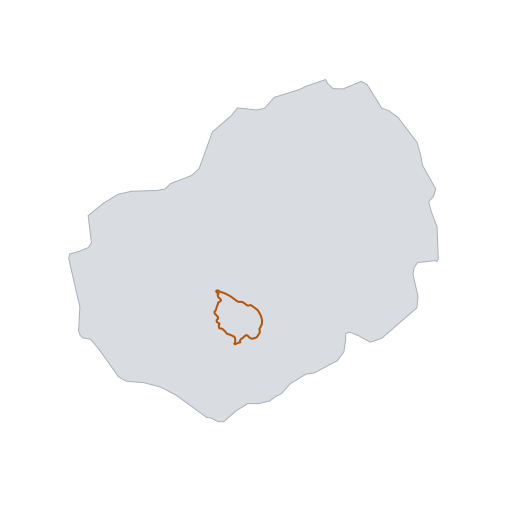 location of Sveti Nikole within North Macedonia, rotated 164°
{"feature_id": "MKD-2914", "entity_name": "Sveti Nikole", "entity_type": "Statistical Region", "adm_level": 1, "iso_a3": "MKD", "parent_name": "North Macedonia", "parent_adm1": "", "projection": "albers", "projection_center": [21.986, 41.86], "detail": "fine", "context": "in_parent", "style": "outline", "palette": "amber", "viewbox_px": 512, "rotation_deg": 164, "n_neighbors": 0, "source": "natural_earth", "source_scale": "10m", "svg_char_len": 2530}
<svg xmlns="http://www.w3.org/2000/svg" viewBox="0 0 512 512"><g transform="rotate(164 256 256)"><path d="M232.3,127.6L240.5,128.7L258.5,123.7L269.6,116.6L275.3,115.6L282.9,112.9L293.7,113.3L304.8,116.4L318.8,112.3L332.5,105.6L338.0,107.2L344.0,112.8L348.0,114.4L370.9,144.0L383.5,156.0L398.4,165.0L415.4,171.6L421.5,177.9L432.6,209.5L437.9,221.5L445.1,225.0L446.9,228.4L447.2,233.0L439.4,255.4L436.7,305.3L434.7,309.3L426.1,309.2L414.8,310.3L410.5,314.2L406.2,341.1L388.0,348.9L371.5,353.4L357.5,352.5L332.9,346.2L324.9,345.5L318.0,349.2L296.1,351.1L286.5,355.8L263.8,387.2L240.8,397.9L232.9,403.4L215.4,396.3L207.0,395.6L194.8,403.5L168.1,404.1L160.9,405.4L140.4,406.4L139.6,402.1L135.9,395.7L126.3,392.6L106.7,394.9L102.0,390.2L94.4,363.4L88.2,359.0L81.3,350.0L69.9,320.8L69.9,308.1L70.9,297.1L64.8,271.0L68.9,264.5L75.1,260.5L75.3,250.0L73.9,234.1L81.6,203.0L83.5,200.8L85.3,202.3L102.6,205.1L107.2,201.2L110.1,195.1L111.4,172.3L115.7,161.8L157.7,142.3L170.0,141.7L179.3,151.0L186.7,156.9L191.2,156.8L192.9,150.9L198.0,139.5L206.6,133.0L232.0,127.6L232.3,127.6Z" fill="#d9dde1" stroke="#a8b0b8" stroke-width="1"/><path d="M299.2,230.7L297.0,229.3L294.4,227.0L291.4,224.0L289.0,220.9L286.6,217.7L285.4,216.7L283.7,216.3L281.6,215.4L280.1,213.7L278.2,211.0L276.7,210.4L274.6,210.3L273.2,208.7L271.3,206.2L269.4,203.7L268.7,201.4L267.8,197.5L267.8,195.3L267.8,194.9L267.9,192.7L268.7,190.0L269.2,188.9L269.4,188.4L270.6,187.6L271.1,186.5L272.3,185.5L273.0,184.5L273.0,183.1L273.4,181.7L274.2,180.6L276.3,178.9L277.4,177.8L279.2,177.5L281.4,177.4L283.4,177.9L285.0,179.7L285.9,181.6L286.8,182.5L288.4,182.4L290.6,181.2L293.3,180.2L294.7,179.1L295.0,177.6L295.0,177.4L295.7,177.4L296.9,177.4L297.8,177.4L298.7,177.2L299.8,176.9L300.7,177.1L300.8,177.3L300.6,177.3L299.8,179.2L299.1,180.7L298.8,182.9L299.2,184.4L301.2,186.3L303.7,188.2L305.2,189.1L306.5,191.9L308.2,194.9L309.1,195.8L310.5,196.2L311.1,196.6L311.2,197.4L311.1,198.8L310.7,200.0L309.9,200.6L309.8,201.0L310.3,201.8L310.8,202.2L311.8,203.3L311.8,203.8L311.8,204.5L311.3,205.3L310.6,205.9L309.7,206.2L309.4,207.0L309.6,208.5L310.2,209.3L310.6,210.4L311.3,211.5L311.5,212.6L311.4,213.8L310.4,214.4L309.5,215.0L308.4,216.9L307.3,218.5L306.1,220.1L305.1,221.7L304.3,221.9L303.1,222.2L302.4,222.5L301.9,223.0L301.9,223.8L302.5,225.2L303.3,226.2L303.7,227.7L303.6,229.1L302.9,229.3L302.5,230.0L302.4,230.6L302.9,231.2L303.6,231.5L304.0,233.0L303.5,233.6L302.6,233.6L301.6,233.1L300.8,231.9L299.4,230.9L299.2,230.7Z" fill="none" stroke="#b45309" stroke-width="2"/></g></svg>